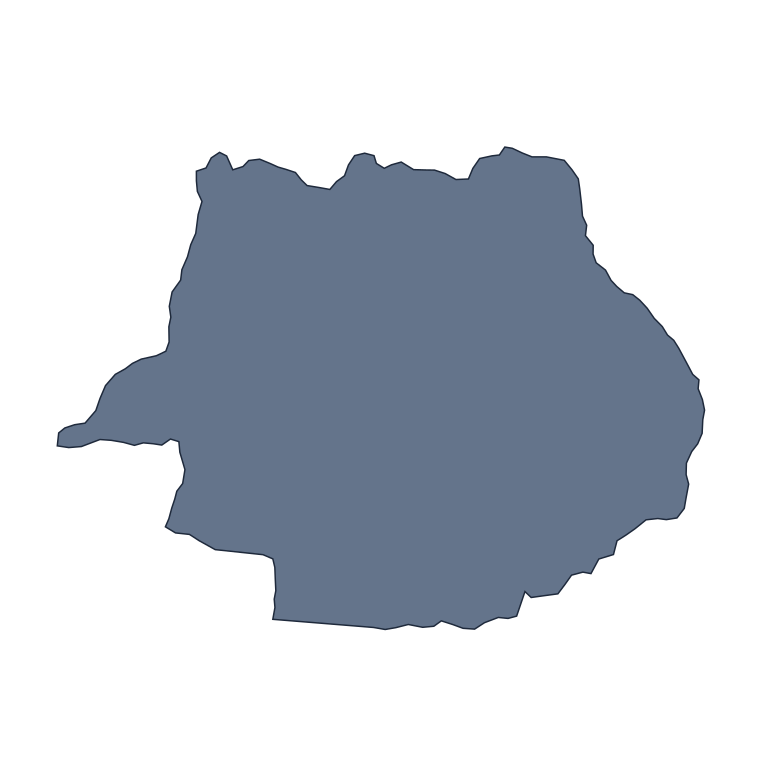 Alto Alegre, São Paulo, Brazil (Albers equal-area conic projection), rotated 184°
{"feature_id": "56859067B22861032704344", "entity_name": "Alto Alegre", "entity_type": "district", "adm_level": 2, "iso_a3": "BRA", "parent_name": "Brazil", "parent_adm1": "São Paulo", "projection": "albers", "projection_center": [-50.184, -21.614], "detail": "fine", "context": "isolated", "style": "filled", "palette": "slate", "viewbox_px": 768, "rotation_deg": 184, "n_neighbors": 0, "source": "geoboundaries", "source_scale": "gbopen_adm2", "svg_char_len": 2204}
<svg xmlns="http://www.w3.org/2000/svg" viewBox="0 0 768 768"><g transform="rotate(184 384 384)"><path d="M705.6,299.5L694.0,298.6L681.5,300.5L663.5,308.8L652.2,308.8L639.8,307.6L628.7,305.4L620.0,308.5L610.1,308.3L601.4,307.6L593.2,314.2L584.6,312.2L582.9,301.7L576.6,284.7L577.9,270.7L583.2,262.6L584.7,254.6L587.1,245.3L589.2,234.6L592.1,226.3L581.6,220.9L567.6,220.4L557.3,214.7L540.8,207.0L492.8,205.3L482.7,201.8L480.1,193.4L478.8,181.4L477.5,170.3L478.5,161.7L477.2,153.4L478.5,141.5L377.3,140.4L365.7,139.2L355.1,141.8L343.0,145.8L328.5,144.0L317.4,145.8L310.3,151.7L298.8,148.9L288.1,145.8L276.5,145.8L267.1,152.9L253.7,159.1L243.9,158.8L235.5,161.7L228.9,186.8L222.3,181.3L210.9,183.7L195.9,186.8L189.3,197.0L183.6,206.4L172.5,210.2L164.3,209.3L157.5,224.4L143.2,229.9L140.6,243.9L131.9,250.3L123.3,257.3L113.1,266.8L101.5,268.9L92.9,268.4L82.4,270.8L75.8,280.8L74.7,291.6L73.1,305.4L76.3,314.7L76.8,326.2L72.3,338.1L66.9,346.2L63.2,357.0L63.5,370.6L62.4,380.3L65.3,390.7L70.3,401.2L70.1,410.1L76.7,415.1L83.8,426.5L92.5,440.3L98.0,447.8L104.6,452.6L110.4,460.7L119.0,468.3L126.8,478.0L134.7,485.4L142.1,490.5L150.7,491.7L158.6,497.5L164.7,503.2L171.0,513.1L180.8,519.7L184.5,528.2L185.0,537.0L193.4,546.0L192.9,556.5L197.7,565.3L199.5,576.9L202.4,592.5L204.5,602.2L211.4,610.8L219.8,619.7L237.8,621.9L252.2,620.9L262.2,624.1L272.5,628.1L280.0,628.8L284.9,620.5L292.3,619.1L304.3,615.6L310.4,605.3L314.1,594.4L326.5,593.0L337.6,598.2L348.5,600.9L357.5,600.4L369.4,599.9L382.3,606.6L391.8,603.2L398.8,599.2L407.0,603.5L409.9,611.1L419.4,612.9L429.2,609.8L434.7,600.1L437.9,589.0L445.5,582.6L451.6,574.3L462.7,575.5L474.6,576.6L480.8,581.9L487.1,588.8L496.9,591.3L504.8,593.0L512.6,595.9L523.7,599.6L534.5,597.5L539.8,591.1L549.8,587.1L556.9,600.5L564.2,603.6L572.1,597.5L576.6,587.1L586.0,583.2L585.3,573.5L583.6,563.1L578.3,553.4L581.2,540.1L582.3,521.1L586.5,509.5L588.9,497.2L593.6,483.9L594.1,473.5L601.8,461.0L603.6,446.5L601.3,435.8L602.6,426.1L601.3,410.9L603.9,401.5L613.1,396.3L627.9,391.9L636.4,387.0L643.2,381.1L652.7,374.9L661.7,363.0L666.3,349.7L669.6,337.4L679.5,324.1L689.8,321.8L699.3,317.9L705.1,312.5L705.6,299.5Z" fill="#64748b" stroke="#1e293b" stroke-width="1.5"/></g></svg>